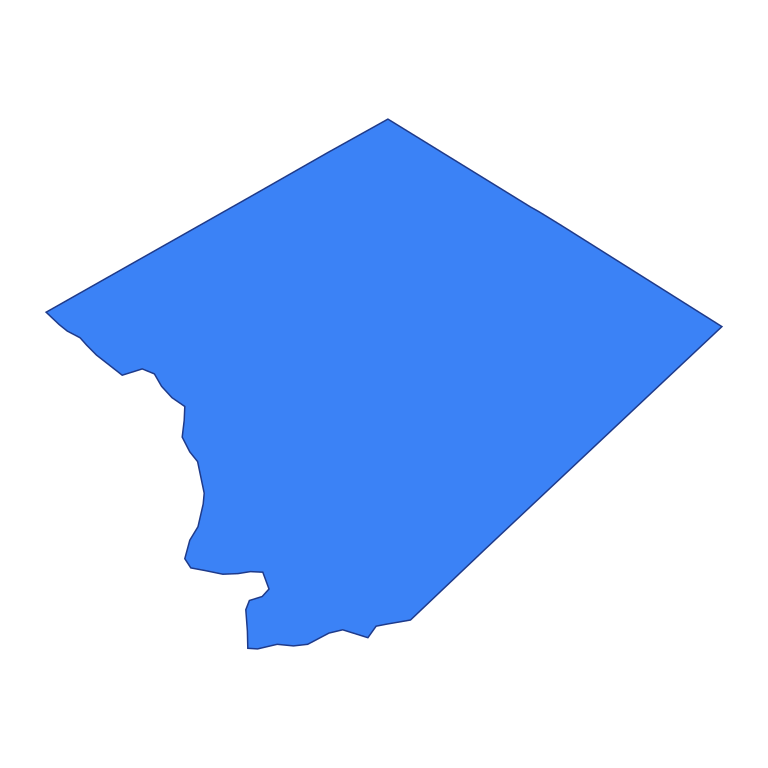 the district of Sítio Novo, Rio Grande do Norte, Brazil
{"feature_id": "56859067B95659926352869", "entity_name": "Sítio Novo", "entity_type": "district", "adm_level": 2, "iso_a3": "BRA", "parent_name": "Brazil", "parent_adm1": "Rio Grande do Norte", "projection": "albers", "projection_center": [-35.966, -6.091], "detail": "fine", "context": "isolated", "style": "filled", "palette": "blue", "viewbox_px": 768, "rotation_deg": 0, "n_neighbors": 0, "source": "geoboundaries", "source_scale": "gbopen_adm2", "svg_char_len": 749}
<svg xmlns="http://www.w3.org/2000/svg" viewBox="0 0 768 768"><path d="M46.1,312.2L59.1,324.5L67.3,331.1L80.1,337.8L86.7,345.2L96.5,355.1L122.2,375.2L142.2,368.9L154.4,373.9L161.6,386.4L172.0,397.7L184.8,406.5L184.2,420.4L182.2,437.1L189.8,451.9L197.6,461.6L204.2,493.2L203.2,504.0L198.0,526.7L189.8,540.2L184.8,558.7L190.8,567.9L204.8,570.5L222.8,574.2L238.0,573.6L250.4,571.6L262.8,572.2L269.0,589.0L262.2,596.5L249.4,600.5L245.8,609.7L247.4,631.1L247.8,648.3L257.6,648.9L277.2,644.3L293.5,645.9L307.7,644.3L328.9,633.1L342.7,629.8L367.9,637.7L376.1,626.2L386.3,624.2L410.5,620.0L485.4,548.9L721.9,326.6L562.2,226.0L538.6,211.5L530.4,206.9L387.9,119.1L327.7,152.6L246.8,198.7L46.1,312.2Z" fill="#3b82f6" stroke="#1e3a8a" stroke-width="1.5"/></svg>